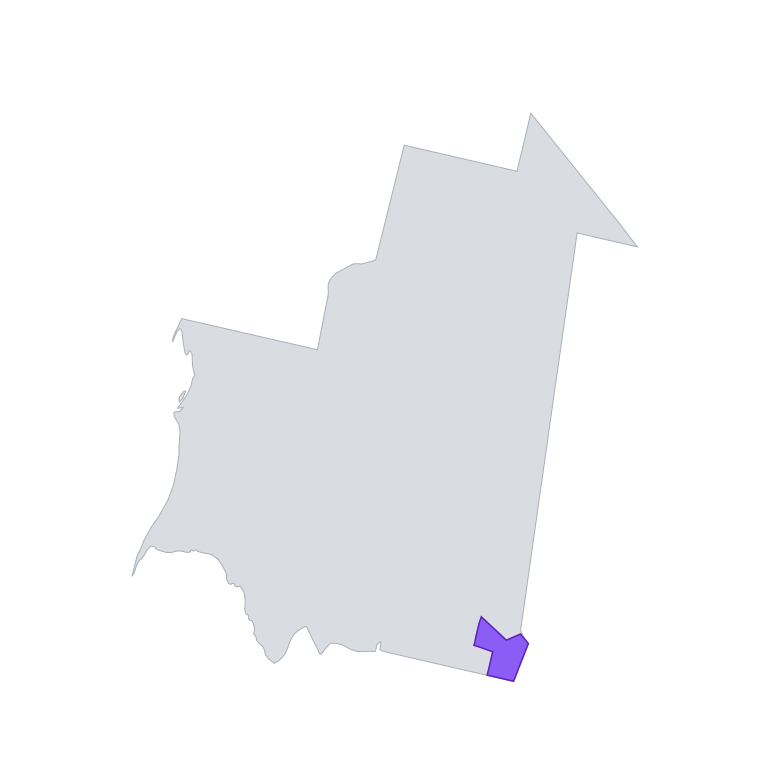 location of Basseknou, Hodh ech Chargui, Mauritania, rotated 13°
{"feature_id": "47542326B79518958456259", "entity_name": "Basseknou", "entity_type": "district", "adm_level": 2, "iso_a3": "MRT", "parent_name": "Mauritania", "parent_adm1": "Hodh ech Chargui", "projection": "equal_earth", "projection_center": [-6.334, 16.078], "detail": "fine", "context": "in_parent", "style": "filled", "palette": "violet", "viewbox_px": 768, "rotation_deg": 13, "n_neighbors": 0, "source": "geoboundaries", "source_scale": "gbopen_adm2", "svg_char_len": 3626}
<svg xmlns="http://www.w3.org/2000/svg" viewBox="0 0 768 768"><g transform="rotate(13 384 384)"><path d="M333.7,677.9L332.9,677.5L329.1,674.0L327.3,669.9L324.4,666.8L320.2,664.7L317.5,662.3L316.3,659.6L314.8,657.9L313.2,656.9L313.0,656.0L313.4,654.7L313.1,652.2L310.7,646.8L308.4,644.3L306.5,644.7L305.4,644.0L304.7,642.8L304.5,641.1L303.2,639.5L300.9,638.9L299.1,634.9L297.8,627.5L296.0,621.7L293.9,617.6L292.3,616.0L291.1,615.8L290.7,615.1L290.4,613.9L288.7,613.5L286.2,614.7L284.1,614.3L283.0,612.3L281.5,612.1L279.6,613.8L277.5,613.3L275.2,610.7L274.0,608.0L273.8,605.4L269.9,600.3L262.3,592.5L254.0,588.9L245.0,589.3L239.9,589.0L238.8,587.8L237.7,587.9L236.6,589.3L235.4,589.6L234.1,588.8L233.3,589.4L233.0,591.4L229.8,592.4L223.7,592.4L218.8,593.6L215.0,596.0L209.7,597.1L202.9,596.7L198.8,595.9L197.4,594.4L195.5,594.1L192.9,594.9L190.6,598.7L188.5,605.6L186.8,609.6L185.4,610.6L183.9,615.7L183.0,624.4L181.7,628.2L182.1,606.6L184.2,598.6L185.0,591.5L189.4,575.9L194.6,563.1L199.5,546.1L201.6,529.7L201.3,513.7L200.2,499.4L198.1,490.0L196.1,476.4L193.0,469.2L187.1,463.0L185.8,459.3L187.2,457.9L190.9,457.0L193.4,452.1L188.4,454.0L194.4,439.0L196.4,428.8L196.3,422.2L197.5,418.1L193.3,409.1L190.2,397.9L188.5,396.1L186.7,395.2L186.5,397.8L185.4,400.2L183.3,398.8L179.8,390.6L174.9,377.3L173.1,376.0L171.5,377.8L170.5,379.5L168.5,390.6L168.0,386.2L168.9,381.0L170.4,374.6L172.1,365.8L176.6,365.8L184.7,365.8L200.9,365.7L209.0,365.7L225.1,365.7L233.2,365.7L249.4,365.7L257.5,365.7L273.7,365.6L281.8,365.6L298.0,365.6L306.1,365.6L311.4,365.6L311.2,359.3L311.0,354.3L310.8,347.6L310.6,340.9L310.4,334.3L310.1,328.0L309.9,321.8L309.7,316.0L309.6,310.7L309.2,307.6L307.6,301.5L307.2,298.5L307.8,295.4L308.9,292.4L312.2,286.9L317.0,282.7L322.6,277.8L326.8,274.1L329.0,273.2L335.5,272.0L340.7,269.2L345.8,266.4L347.9,264.9L348.2,259.8L350.0,146.8L374.6,146.8L381.1,146.8L426.3,146.8L432.8,146.8L465.8,146.8L465.8,141.5L465.8,133.9L465.9,123.5L466.0,113.1L466.1,94.7L466.1,87.1L472.6,92.2L485.5,102.4L492.0,107.5L505.0,117.7L518.0,128.0L531.0,138.3L537.5,143.4L544.1,148.5L550.6,153.7L557.1,158.8L570.2,169.1L575.7,173.4L584.2,180.4L592.0,186.9L600.0,193.4L587.8,193.4L571.5,193.4L560.3,193.4L548.9,193.4L538.2,193.4L539.1,204.1L540.1,215.7L541.1,227.3L542.1,239.0L543.1,250.6L546.1,285.7L547.1,297.4L548.1,309.1L549.1,320.8L550.1,332.6L552.1,356.1L553.1,367.9L554.1,379.6L555.1,391.4L556.2,403.2L557.2,415.1L559.2,438.7L560.2,450.6L561.2,462.4L562.3,474.3L563.3,486.2L564.3,498.0L565.3,509.9L566.4,521.8L568.4,545.7L569.5,557.6L570.5,569.5L571.5,581.5L572.5,593.1L576.8,599.2L582.2,606.8L580.6,617.6L578.8,630.6L576.8,644.7L561.9,644.7L547.2,644.7L510.7,644.7L503.3,644.7L466.8,644.7L459.5,644.7L445.3,644.7L441.1,644.4L439.7,643.3L439.2,636.0L437.9,636.4L436.4,638.6L435.6,640.9L435.9,644.0L435.6,646.5L430.9,647.5L424.6,649.3L417.9,650.6L411.1,650.1L408.8,649.5L406.4,648.6L401.0,647.5L398.1,647.4L394.8,647.7L390.8,648.3L389.5,649.6L386.5,655.1L383.6,661.4L381.7,661.4L379.6,657.9L373.8,651.3L366.9,642.7L363.7,638.5L362.0,637.9L358.6,641.0L355.7,643.9L352.7,648.1L351.3,652.1L350.1,656.8L349.6,662.4L348.4,668.9L345.9,674.1L343.0,678.1L340.8,679.9L340.0,680.9L333.7,677.9ZM191.2,442.9L188.8,447.5L187.8,445.7L187.5,442.7L189.6,438.3L190.6,436.1L192.4,435.3L191.2,442.9Z" fill="#d9dde1" stroke="#a8b0b8" stroke-width="1"/><path d="M550.0,644.5L577.2,644.5L579.5,628.4L583.1,604.4L573.2,596.9L560.8,606.1L547.1,598.1L531.2,588.9L530.5,595.5L530.4,602.0L530.4,606.8L530.3,609.1L530.6,614.6L530.5,617.0L530.4,618.4L533.3,618.6L550.1,620.4L550.1,636.8L550.0,644.5Z" fill="#8b5cf6" stroke="#5b21b6" stroke-width="1.5"/></g></svg>